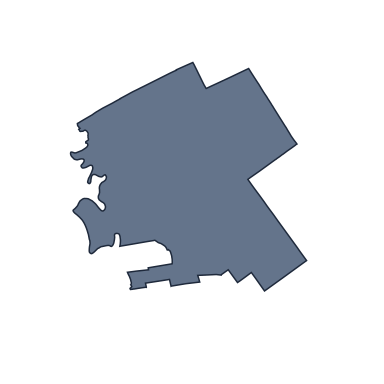 Albesti, Ialomita, Romania (Natural Earth projection), rotated 234°
{"feature_id": "2599482B37276216351918", "entity_name": "Albesti", "entity_type": "district", "adm_level": 2, "iso_a3": "ROU", "parent_name": "Romania", "parent_adm1": "Ialomita", "projection": "natural_earth1", "projection_center": [27.12, 44.529], "detail": "fine", "context": "isolated", "style": "filled", "palette": "slate", "viewbox_px": 384, "rotation_deg": 234, "n_neighbors": 0, "source": "geoboundaries", "source_scale": "gbopen_adm2", "svg_char_len": 5605}
<svg xmlns="http://www.w3.org/2000/svg" viewBox="0 0 384 384"><g transform="rotate(234 192 192)"><path d="M296.3,268.8L297.8,261.9L298.2,260.0L300.1,251.1L299.7,251.0L300.3,248.2L301.0,244.4L301.9,239.0L304.9,220.7L305.9,214.7L306.4,211.9L307.1,207.5L307.9,203.1L308.2,200.9L308.8,196.1L309.3,192.4L309.8,188.8L309.6,188.8L310.2,184.3L310.7,179.8L311.5,174.5L312.3,169.2L313.0,161.8L313.1,159.3L313.1,156.6L314.1,146.9L314.3,144.7L314.5,142.9L314.5,142.3L314.5,141.7L314.6,141.0L314.8,139.6L314.6,139.3L314.2,139.2L313.5,138.8L312.8,138.5L312.1,138.5L311.4,138.7L310.5,138.4L310.1,138.4L309.4,138.8L309.2,137.2L308.6,137.3L308.1,137.2L307.8,137.1L307.4,137.0L307.2,137.0L306.8,137.2L306.3,137.6L306.2,138.0L306.0,138.4L305.5,139.1L305.3,139.5L305.2,140.0L305.2,140.6L305.2,141.1L305.0,141.5L304.8,141.9L304.3,142.2L303.5,142.6L302.7,142.7L301.0,142.6L300.3,142.3L299.7,141.8L299.1,141.3L298.9,141.0L298.5,140.8L298.1,140.6L297.0,139.8L296.3,139.6L295.7,139.4L295.0,138.6L295.1,135.8L295.0,135.5L294.1,134.9L293.9,135.1L292.9,135.8L291.8,135.7L290.8,134.9L290.3,133.7L290.1,131.8L290.2,129.8L290.3,127.5L290.8,125.4L291.9,121.1L292.7,119.9L294.4,118.7L295.1,118.0L295.4,117.5L295.1,116.9L294.3,116.2L293.3,115.8L292.5,115.6L291.6,115.5L290.8,115.6L289.4,115.8L288.5,115.9L287.7,116.1L287.0,116.6L286.2,117.3L285.5,118.0L285.2,118.7L284.2,121.2L283.8,122.0L283.2,122.7L282.6,123.3L281.6,123.6L280.5,123.0L280.0,122.3L279.6,121.4L279.1,120.0L278.9,118.7L278.7,118.0L278.3,117.6L277.8,117.3L276.9,117.3L276.0,117.4L275.5,117.8L275.2,118.4L274.7,119.4L274.2,120.9L273.9,123.0L273.8,123.7L273.7,124.4L273.5,125.3L273.1,125.9L272.7,126.3L272.2,126.6L271.7,126.7L271.1,126.5L269.9,126.0L269.2,125.4L268.5,124.6L267.0,122.4L266.3,121.2L265.7,120.1L264.4,117.7L263.8,116.3L263.1,115.5L262.3,114.4L261.4,113.4L260.7,113.2L259.6,113.5L259.0,114.1L259.1,114.9L259.5,115.7L260.1,116.4L261.1,117.2L262.6,118.7L263.8,120.1L264.2,121.1L264.2,122.0L264.0,122.7L263.2,123.8L262.8,124.1L261.2,124.9L260.1,125.4L259.2,125.9L257.6,127.3L257.2,128.2L257.3,131.0L257.1,131.7L256.7,132.0L255.9,131.9L254.5,131.7L253.8,131.0L253.0,130.0L252.6,129.2L252.4,127.9L252.4,126.3L252.6,125.4L252.6,124.3L252.3,123.6L252.1,122.5L251.7,121.7L250.9,120.5L250.2,119.8L249.3,119.1L248.2,118.5L245.9,116.9L245.3,116.2L244.5,115.1L244.1,114.3L243.5,113.6L242.8,113.1L242.0,112.6L240.2,112.3L237.4,113.1L235.7,113.9L234.4,114.2L233.3,114.2L232.2,113.8L231.2,113.5L230.4,112.9L229.4,111.7L229.1,111.0L228.9,109.9L228.9,109.1L229.3,108.4L229.8,108.0L230.4,107.7L232.9,107.3L235.9,107.1L237.3,107.1L239.0,107.0L240.5,106.7L243.6,106.0L244.8,105.4L246.7,104.5L247.6,104.0L248.9,102.6L249.2,102.1L249.7,101.6L250.0,101.2L250.2,100.8L250.4,100.2L250.6,99.4L250.6,98.7L250.6,98.0L250.6,97.3L250.6,96.3L250.1,95.0L249.2,93.1L248.5,92.0L248.0,90.8L247.4,87.9L247.2,85.6L247.1,85.1L246.7,84.8L246.0,84.6L245.3,84.6L244.1,84.7L242.6,85.1L241.2,85.5L237.4,86.3L236.1,86.4L234.8,86.6L233.4,86.7L230.6,86.5L228.1,86.1L225.1,85.4L222.8,84.7L221.9,84.4L219.7,83.6L218.7,83.3L215.7,81.9L214.0,81.1L212.6,80.7L211.8,80.2L210.1,79.1L208.0,76.9L207.0,76.0L205.9,75.1L204.6,74.1L203.4,73.6L202.6,73.7L201.9,73.9L201.3,74.3L201.0,74.9L200.9,76.0L201.0,77.9L201.7,82.5L201.4,83.7L201.4,84.8L201.2,86.3L200.7,87.3L200.2,88.4L199.0,91.1L198.2,92.6L197.6,93.4L196.8,94.0L196.1,94.2L195.4,94.7L195.3,95.2L195.3,96.0L195.7,97.0L196.0,97.6L196.4,98.3L197.2,99.3L197.7,99.8L198.9,101.1L200.0,102.1L200.9,102.9L202.0,103.5L202.6,103.9L203.1,104.4L203.3,104.9L203.3,105.7L203.0,106.4L202.6,106.9L202.0,107.6L201.2,108.2L200.2,108.2L198.5,107.7L195.9,106.3L194.5,105.4L192.0,103.3L190.5,101.7L190.1,102.6L189.5,103.8L187.4,108.0L178.4,126.3L175.3,132.4L174.8,133.6L170.8,135.0L168.4,136.7L165.3,137.9L164.0,138.3L162.4,138.4L159.6,137.9L159.2,139.1L158.8,139.0L156.9,139.6L152.2,138.0L150.4,137.0L149.5,136.6L146.7,134.7L145.6,133.7L153.2,118.5L156.4,112.0L154.6,111.1L160.7,100.5L165.0,92.6L162.4,92.0L160.8,91.8L157.4,90.9L155.3,90.0L154.4,89.7L153.5,89.0L152.9,88.1L152.9,87.9L151.7,87.9L151.4,87.7L150.8,87.6L150.7,87.0L150.5,86.4L150.5,85.9L150.5,85.3L150.3,85.3L149.6,84.9L149.3,84.9L149.1,85.3L148.8,85.8L148.4,86.5L147.8,87.8L147.5,88.2L145.6,92.0L144.0,95.1L142.1,98.6L141.7,99.0L141.8,99.1L145.6,100.8L145.5,101.0L137.4,116.7L134.5,122.4L128.1,119.7L128.1,119.8L122.8,130.4L121.5,133.0L114.6,145.3L118.1,146.6L121.2,147.6L116.1,155.3L111.0,163.1L107.6,166.8L107.9,167.1L107.8,175.6L92.0,175.6L91.9,178.2L91.9,184.4L92.0,192.7L84.8,192.7L69.3,192.5L69.2,214.8L69.2,219.5L69.2,244.4L72.1,244.4L75.8,244.4L81.1,244.4L85.5,244.5L88.6,244.5L90.0,244.5L92.2,244.5L97.3,244.5L106.7,244.5L112.6,244.5L118.6,244.5L125.8,244.6L133.2,244.5L137.2,244.5L141.5,244.6L148.8,244.6L157.0,244.5L162.6,244.5L169.4,244.6L169.4,248.6L169.3,253.8L169.2,259.1L169.2,261.7L169.2,265.5L169.2,271.1L169.2,274.5L169.2,278.2L169.1,279.2L169.2,280.3L169.1,283.3L169.2,286.6L169.1,288.0L169.2,293.1L169.1,298.0L169.1,299.0L169.1,300.4L169.1,302.5L169.2,304.0L169.1,305.1L170.7,305.1L174.6,305.0L179.1,305.1L182.1,305.4L186.0,305.7L188.6,306.0L191.4,306.1L194.3,306.3L199.1,306.6L200.5,306.7L202.7,306.8L202.9,306.9L203.4,306.9L207.9,307.2L210.7,307.4L210.9,307.4L214.3,307.7L215.3,307.7L217.2,307.9L218.9,308.0L220.4,308.1L222.8,308.2L224.8,308.4L227.8,308.5L228.5,308.5L229.9,308.6L230.7,308.6L231.9,308.7L234.7,308.9L240.4,309.4L241.6,309.4L247.6,309.7L252.8,310.0L258.6,310.4L259.1,307.8L260.8,298.7L262.2,291.1L264.6,278.7L266.4,269.6L267.4,264.3L271.6,264.7L275.8,265.4L281.4,266.4L282.7,266.6L287.8,267.5L293.7,268.5L296.3,268.8Z" fill="#64748b" stroke="#1e293b" stroke-width="1.5"/></g></svg>